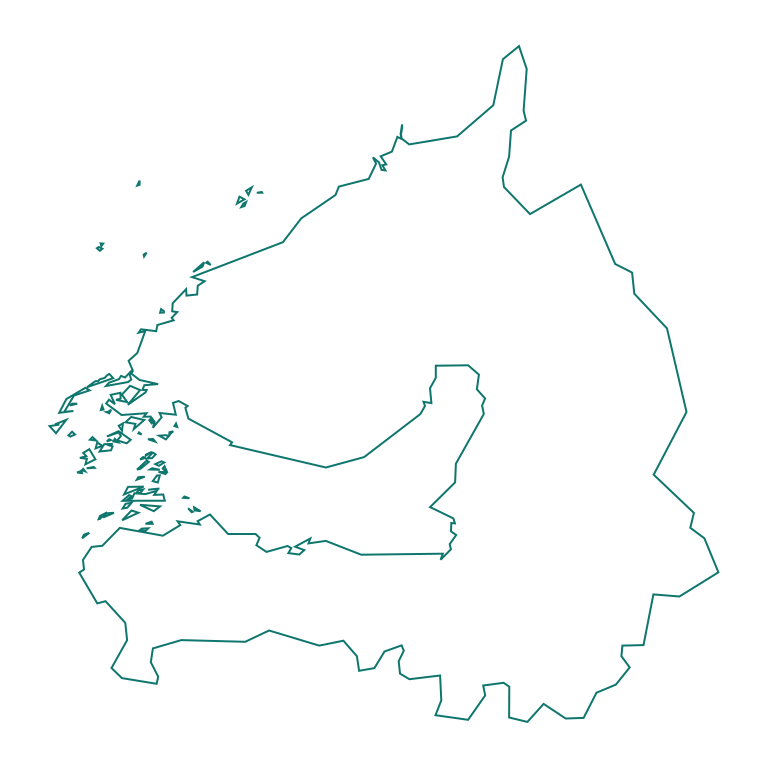 Dalabyggð, Vesturland, Iceland
{"feature_id": "244011B70126368142347", "entity_name": "Dalabyggð", "entity_type": "district", "adm_level": 2, "iso_a3": "ISL", "parent_name": "Iceland", "parent_adm1": "Vesturland", "projection": "albers", "projection_center": [-22.364, 65.186], "detail": "fine", "context": "isolated", "style": "outline", "palette": "teal", "viewbox_px": 768, "rotation_deg": 0, "n_neighbors": 0, "source": "geoboundaries", "source_scale": "gbopen_adm2", "svg_char_len": 6117}
<svg xmlns="http://www.w3.org/2000/svg" viewBox="0 0 768 768"><path d="M718.4,572.3L704.4,538.3L690.3,527.8L693.9,512.9L653.7,474.7L686.5,412.0L667.0,328.4L634.3,293.7L632.1,272.6L615.2,264.0L580.9,184.6L530.0,214.1L504.0,187.0L502.6,177.3L509.1,156.7L511.0,130.5L526.0,120.7L523.6,110.6L526.7,69.0L519.0,46.1L502.9,59.2L493.3,105.2L457.1,136.4L409.2,144.4L401.6,138.5L401.0,134.3L402.2,127.4L402.1,124.4L400.6,133.9L401.5,138.9L397.4,136.9L391.9,151.6L380.7,156.3L386.2,164.4L382.4,165.2L385.4,170.4L381.5,169.8L379.0,162.4L372.9,157.4L376.1,163.6L368.7,178.9L338.9,186.6L335.5,195.0L301.2,218.4L282.9,242.2L192.0,277.1L204.6,281.2L197.8,285.7L197.1,294.5L186.5,295.6L186.1,289.2L172.7,303.2L172.2,311.3L177.2,312.1L171.7,317.8L173.6,320.3L157.4,325.0L156.2,331.2L141.0,329.3L138.6,332.7L145.2,331.2L137.3,353.0L128.6,360.8L132.5,369.8L125.0,377.5L121.1,375.9L118.9,379.2L109.0,382.7L106.0,386.0L128.3,382.0L131.2,379.5L129.3,373.3L133.1,370.3L131.4,373.7L139.7,380.0L158.1,384.1L144.3,385.2L142.5,389.9L146.6,390.0L145.5,392.4L127.8,404.8L140.1,390.1L130.1,385.8L121.9,394.6L127.2,402.1L116.1,399.9L120.6,398.5L120.4,392.8L110.7,394.9L114.9,404.2L109.0,399.7L106.2,403.5L121.6,415.0L146.5,413.2L143.7,416.7L150.6,416.6L154.6,421.8L152.9,427.7L161.6,417.3L159.6,413.0L175.8,414.7L173.0,402.9L178.7,401.0L187.6,406.0L185.4,407.9L188.4,418.6L232.1,442.3L230.1,445.1L325.9,467.5L364.1,457.1L420.3,414.1L425.0,406.0L423.5,401.8L431.4,403.1L430.0,388.3L435.8,377.8L435.8,365.7L468.1,365.3L478.9,374.6L476.9,389.3L485.1,398.5L482.1,405.5L483.8,414.0L455.9,463.7L455.1,482.4L430.1,507.1L453.4,518.4L454.9,523.4L451.3,523.0L451.0,531.4L456.2,535.0L449.7,544.1L450.9,549.3L440.6,559.8L442.8,553.7L361.2,554.7L325.8,540.9L308.5,543.4L310.3,538.5L295.1,546.7L304.3,550.1L299.3,554.5L288.4,553.1L291.3,548.1L287.5,546.0L266.5,551.9L256.4,545.2L259.6,537.8L255.6,534.0L228.1,534.0L210.0,514.5L197.6,521.2L199.8,524.5L177.6,521.3L180.3,525.1L162.9,535.7L119.8,527.9L102.3,545.8L91.7,546.9L83.0,559.9L84.0,569.5L79.2,572.6L97.3,603.4L105.5,601.2L125.3,622.9L127.1,640.2L111.5,668.0L121.9,678.1L156.6,683.8L158.2,676.7L150.8,662.2L152.9,648.4L181.3,640.1L245.2,641.8L269.0,630.5L319.2,645.6L343.4,640.7L356.9,656.2L359.1,670.8L374.4,668.1L384.5,651.5L401.6,645.4L403.8,650.7L398.7,661.2L400.0,673.6L409.4,679.2L440.1,675.5L441.3,700.4L435.5,715.2L468.1,719.8L485.2,695.4L483.2,685.5L503.6,682.8L509.3,686.7L509.1,717.5L527.4,721.9L543.6,703.9L565.6,718.5L583.6,717.9L596.5,692.7L615.9,684.6L629.7,667.4L621.4,656.2L622.4,645.6L643.5,645.1L653.4,594.4L679.4,596.5L718.4,572.3ZM156.8,490.8L145.5,494.1L134.4,493.3L132.2,498.4L127.7,499.4L131.4,496.1L129.1,495.1L122.6,500.8L164.8,500.7L163.2,494.5L154.2,494.9L156.8,490.8ZM85.4,387.8L66.4,399.0L59.2,412.8L73.4,411.0L64.3,411.8L74.0,395.5L89.6,390.4L85.4,387.8ZM89.3,449.2L83.3,452.9L86.3,456.2L79.9,457.9L86.9,458.8L85.4,464.3L95.4,459.3L89.3,449.2ZM113.2,378.2L109.4,374.0L107.7,374.8L104.5,378.0L99.8,379.2L98.2,381.1L95.5,381.1L87.0,387.2L113.2,378.2ZM118.5,431.2L106.9,436.5L118.7,432.4L120.9,436.1L117.2,440.4L126.7,443.3L130.7,439.8L118.5,431.2ZM144.2,420.0L131.2,417.0L125.5,422.3L135.4,423.9L133.8,429.1L144.2,420.0ZM143.7,486.6L128.0,486.9L124.1,494.4L143.7,486.6ZM66.3,419.8L54.9,424.4L59.3,424.6L49.6,426.1L56.0,433.2L66.3,419.8ZM160.0,506.4L140.0,504.8L153.8,511.2L160.0,506.4ZM138.4,512.7L131.5,510.5L122.2,520.3L138.4,512.7ZM112.7,443.9L104.2,444.2L99.6,451.5L111.0,450.3L112.6,446.4L109.2,445.4L112.7,443.9ZM193.1,272.0L202.6,266.5L204.1,262.3L193.1,272.0ZM159.5,488.5L151.9,489.3L148.1,489.8L159.5,488.5ZM169.0,435.8L165.5,435.2L159.1,435.7L165.9,439.4L169.0,435.8ZM159.8,475.4L156.9,475.5L152.8,481.1L157.8,482.5L159.8,475.4ZM159.8,469.8L152.2,468.2L150.0,469.5L159.8,469.8ZM148.8,461.9L146.7,460.6L137.0,469.6L140.6,468.7L148.8,461.9ZM114.0,512.8L106.7,513.3L103.2,517.5L114.0,512.8ZM131.5,502.8L125.6,503.8L122.6,508.5L127.3,507.7L131.5,502.8ZM155.6,454.4L152.8,452.6L147.2,458.5L152.1,458.1L155.6,454.4ZM151.6,521.7L145.5,523.8L152.6,523.8L151.6,521.7ZM102.3,445.8L97.2,442.5L95.6,448.4L102.3,445.8ZM248.4,194.8L251.8,187.3L246.1,190.8L248.4,194.8ZM164.2,462.5L161.5,461.3L155.3,464.1L158.9,465.8L164.2,462.5ZM122.0,430.7L122.9,423.4L118.7,425.8L122.0,430.7ZM93.8,467.0L86.6,468.3L94.6,467.8L93.8,467.0ZM167.5,473.1L164.5,466.2L162.7,468.5L167.5,473.1ZM244.5,199.3L239.5,196.7L237.0,203.6L244.5,199.3ZM75.0,434.5L72.1,431.7L68.4,435.4L70.3,436.6L75.0,434.5ZM96.1,440.5L92.5,437.1L89.9,439.7L96.1,440.5ZM148.3,528.3L141.9,528.6L139.4,530.4L145.5,530.9L148.3,528.3ZM163.9,312.5L163.8,311.0L161.1,309.1L160.1,312.7L163.9,312.5ZM143.1,489.5L138.1,490.6L136.9,492.2L140.0,493.2L143.1,489.5ZM163.7,472.1L158.5,471.9L166.3,474.3L163.7,472.1ZM102.4,248.7L98.8,247.0L96.9,248.2L99.8,250.8L102.4,248.7ZM151.8,451.8L145.9,454.7L145.7,455.7L151.8,451.8ZM200.6,511.2L194.1,507.3L194.6,510.4L200.6,511.2ZM144.8,476.7L138.3,477.2L136.8,479.7L144.8,476.7ZM153.1,439.0L148.0,439.2L155.3,441.7L153.1,439.0ZM77.2,403.7L72.1,403.7L69.8,405.5L77.2,403.7ZM153.6,421.7L149.8,418.5L151.6,421.8L148.7,419.5L151.7,423.4L153.6,421.7ZM145.0,458.0L143.1,457.0L140.1,459.5L145.0,458.0ZM107.2,512.3L100.0,516.0L98.6,519.2L99.7,519.0L107.2,512.3ZM118.2,442.4L114.8,438.8L113.4,441.4L118.2,442.4ZM261.8,192.0L256.8,192.8L262.2,192.7L261.8,192.0ZM192.7,511.8L188.1,508.3L191.6,512.2L192.7,511.8ZM177.2,427.0L176.0,423.5L174.5,426.1L177.2,427.0ZM81.5,470.9L77.1,472.5L82.0,473.1L81.5,470.9ZM144.1,256.5L146.6,252.7L143.7,254.6L144.1,256.5ZM111.2,409.7L108.4,411.7L106.4,412.0L109.2,413.3L111.2,409.7ZM110.9,440.1L109.2,439.3L106.8,441.4L110.9,440.1ZM103.5,409.5L102.2,405.8L100.9,410.0L103.5,409.5ZM85.1,471.3L83.2,468.9L81.9,470.1L85.1,471.3ZM139.6,184.7L139.6,180.6L137.2,185.6L139.6,184.7ZM82.2,538.3L89.3,532.8L83.9,534.7L82.2,538.3ZM189.4,498.3L184.4,496.5L183.2,497.8L189.4,498.3ZM173.3,431.3L169.5,432.2L169.2,434.8L173.3,431.3ZM141.7,434.5L139.0,432.4L138.4,433.4L141.7,434.5ZM101.4,246.0L103.2,243.6L100.6,243.4L101.4,246.0ZM246.1,202.0L243.2,203.7L241.3,207.1L244.6,206.0L246.1,202.0ZM210.7,264.9L207.6,261.7L206.2,262.8L210.7,264.9Z" fill="none" stroke="#0f766e" stroke-width="2"/></svg>